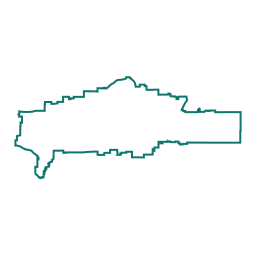 the district of Cranbrook, Western Australia, Australia
{"feature_id": "25037944B20309273511019", "entity_name": "Cranbrook", "entity_type": "district", "adm_level": 2, "iso_a3": "AUS", "parent_name": "Australia", "parent_adm1": "Western Australia", "projection": "mercator", "projection_center": [117.133, -34.334], "detail": "fine", "context": "isolated", "style": "outline", "palette": "teal", "viewbox_px": 256, "rotation_deg": 0, "n_neighbors": 0, "source": "geoboundaries", "source_scale": "gbopen_adm2", "svg_char_len": 4991}
<svg xmlns="http://www.w3.org/2000/svg" viewBox="0 0 256 256"><path d="M19.4,111.4L19.5,111.7L19.6,112.4L19.5,112.9L19.3,113.5L18.7,113.5L18.6,114.0L18.5,114.4L19.2,114.4L19.1,114.8L19.4,116.1L19.2,116.6L20.7,116.6L21.9,116.4L22.0,116.5L22.0,122.8L20.5,122.6L20.5,125.9L20.5,126.0L20.3,126.0L20.2,135.3L16.9,136.1L16.9,140.4L15.4,140.4L15.4,145.5L16.3,145.4L20.5,146.5L21.0,147.0L22.8,148.1L23.7,148.4L24.6,148.9L25.2,149.1L25.2,149.3L25.9,149.4L27.3,149.7L28.5,149.8L29.9,150.3L31.5,150.7L31.9,151.1L32.6,152.1L34.0,153.4L35.5,154.4L36.1,155.0L36.6,155.3L37.1,155.7L37.4,155.7L37.4,157.4L38.4,157.4L38.5,159.3L37.4,159.3L37.4,166.9L35.3,166.8L35.3,173.0L35.7,174.3L35.8,174.4L36.0,174.6L36.6,174.7L37.0,174.9L37.3,175.2L37.7,175.7L38.0,176.3L38.4,176.4L38.7,176.8L39.0,177.4L39.1,177.6L39.2,177.8L39.5,177.9L39.6,178.1L39.6,178.6L39.6,178.8L39.6,178.7L40.0,177.7L40.4,178.0L40.6,178.0L40.9,178.1L41.0,178.0L41.1,177.9L41.1,177.7L41.2,177.4L41.4,177.4L41.6,177.4L41.8,177.4L42.0,177.4L42.5,177.5L42.8,177.7L43.2,177.7L43.3,177.6L43.2,177.4L43.2,177.2L42.8,177.1L42.7,176.9L43.0,176.8L43.1,176.7L43.3,176.8L43.5,176.8L43.7,176.7L43.7,176.2L43.7,175.9L43.6,175.3L43.7,175.2L43.6,174.9L43.5,174.5L43.5,174.3L43.6,173.7L43.7,173.4L43.9,173.2L44.1,173.3L44.3,173.4L44.5,173.5L44.6,173.1L44.5,172.5L44.5,172.3L44.5,172.0L44.5,171.9L44.3,171.7L43.7,171.7L43.7,171.2L43.8,171.0L44.0,171.0L44.2,170.9L44.7,171.0L45.2,171.0L45.3,170.9L45.4,170.7L45.2,169.8L45.0,169.4L45.0,169.2L45.2,168.9L45.4,168.9L45.5,168.9L45.9,169.1L46.1,169.0L46.4,169.1L46.5,169.0L46.5,168.9L46.3,168.6L46.2,168.7L46.0,168.8L45.9,168.7L45.9,168.4L45.8,168.2L46.0,167.8L45.9,167.8L45.5,167.7L45.4,167.7L45.5,167.3L46.0,167.1L46.3,167.1L46.6,167.0L47.1,166.9L47.5,166.8L47.8,166.6L48.3,166.5L48.4,166.4L48.5,166.3L48.7,166.5L48.9,166.7L49.0,166.7L49.0,166.4L49.0,166.2L48.9,166.0L48.9,165.9L49.0,165.8L49.3,165.5L49.4,165.3L49.4,164.9L49.1,164.6L48.9,164.5L48.7,164.6L48.4,164.4L48.3,164.2L48.2,163.7L48.3,163.5L48.6,163.6L48.8,163.7L48.9,163.2L49.0,162.9L49.4,162.9L49.7,163.0L49.8,162.9L49.9,162.6L49.8,162.3L50.0,162.2L50.5,162.3L50.6,162.2L51.4,161.7L51.5,161.7L51.6,161.9L51.8,161.9L52.3,160.6L52.0,160.4L51.9,160.3L51.8,160.1L51.9,159.9L52.1,159.7L52.5,159.5L52.6,159.2L53.0,158.8L53.4,158.8L53.5,158.8L53.6,156.9L53.7,150.7L53.8,150.7L63.3,150.6L63.3,152.8L65.6,152.8L65.6,152.4L82.8,152.4L87.1,152.0L92.2,151.7L95.0,151.6L97.6,151.6L97.6,154.9L104.1,154.9L104.0,154.6L104.2,154.1L104.2,153.1L104.6,152.9L110.1,152.9L110.1,149.9L117.2,149.9L117.2,151.3L117.2,151.7L117.5,151.9L117.5,154.2L117.5,154.5L117.3,154.8L120.8,154.8L120.9,154.5L121.0,154.3L120.7,154.2L120.5,153.8L120.6,153.5L120.5,153.3L121.1,153.1L121.4,153.1L121.7,153.0L121.7,152.7L126.4,152.7L126.4,151.7L132.0,151.8L132.0,157.3L143.9,157.4L143.9,154.6L148.1,154.6L152.7,154.5L152.7,149.4L154.4,150.6L154.4,147.5L158.5,147.6L158.5,141.9L160.6,141.9L160.6,143.3L162.6,143.3L162.6,141.8L166.8,141.8L167.0,141.5L167.1,141.9L168.2,141.9L168.2,141.3L170.2,141.3L170.5,142.1L175.3,142.1L175.3,141.5L178.4,141.5L178.4,143.2L179.9,143.2L179.9,144.4L182.7,144.4L182.7,143.9L187.2,143.9L187.2,142.8L187.2,142.7L187.4,142.8L187.6,142.7L187.8,142.6L188.1,142.6L188.4,142.5L188.5,142.6L188.9,142.6L190.1,142.6L240.3,142.7L240.3,131.0L240.6,131.0L240.6,112.1L215.2,112.2L215.2,110.5L209.3,110.5L209.3,111.0L207.6,111.0L207.6,110.8L207.2,110.7L206.6,110.6L206.0,110.6L205.8,110.6L205.6,110.6L205.4,110.6L204.9,111.1L204.5,111.9L199.1,111.9L199.4,111.2L199.7,110.4L199.8,109.3L199.6,108.7L199.2,108.5L198.7,108.9L198.7,109.0L198.0,110.0L197.9,110.8L198.0,111.1L198.0,111.4L197.9,112.1L185.3,112.1L185.3,111.0L183.9,111.0L183.5,111.2L183.2,111.0L183.1,110.8L183.1,110.2L181.7,110.2L181.7,109.8L181.8,109.5L182.6,108.0L182.9,107.2L183.0,107.1L185.0,103.2L186.7,100.8L186.8,100.6L186.9,100.4L187.0,100.0L187.0,99.7L186.4,96.6L182.9,96.6L178.3,96.7L178.3,99.1L176.5,99.1L176.7,98.3L176.6,97.2L175.8,96.8L174.7,96.8L174.7,96.3L170.6,96.3L170.6,94.2L169.2,94.2L169.2,93.5L168.4,93.5L168.3,94.6L163.2,94.6L158.4,94.7L158.4,89.7L153.9,89.7L153.3,89.8L146.6,89.8L146.5,86.1L144.8,86.1L144.8,84.7L139.8,84.7L139.8,86.7L135.7,86.7L135.7,86.4L134.8,82.7L134.2,81.7L133.4,80.9L131.8,79.3L130.8,78.3L130.0,78.3L129.7,77.8L130.0,77.6L129.7,77.2L126.2,77.2L126.2,78.3L126.0,78.6L124.1,79.2L120.3,79.9L118.7,79.9L117.6,80.1L116.2,80.7L114.3,82.5L112.5,83.7L112.2,83.7L111.9,83.9L110.8,84.6L110.2,85.2L109.7,85.5L108.9,86.5L106.6,88.4L105.1,88.4L105.1,87.8L104.1,87.8L104.1,88.4L102.0,88.4L102.0,88.2L97.5,88.2L97.5,91.5L96.8,91.5L96.8,91.3L88.9,91.3L88.9,91.2L83.9,91.2L83.9,96.9L73.8,96.9L73.8,98.3L70.7,98.3L70.7,98.7L70.6,99.2L68.9,99.2L68.9,96.8L63.1,96.8L63.1,101.9L57.5,101.9L57.5,102.4L57.3,102.7L57.5,103.0L57.5,103.4L55.7,103.6L54.5,103.8L53.9,103.9L52.3,103.9L51.4,103.9L51.4,102.0L45.0,102.0L45.0,104.1L44.7,104.1L44.7,110.8L35.6,110.8L32.4,111.7L27.5,112.0L26.3,111.9L23.7,112.0L23.5,111.9L22.4,111.8L22.0,111.8L19.4,111.4Z" fill="none" stroke="#0f766e" stroke-width="2"/></svg>